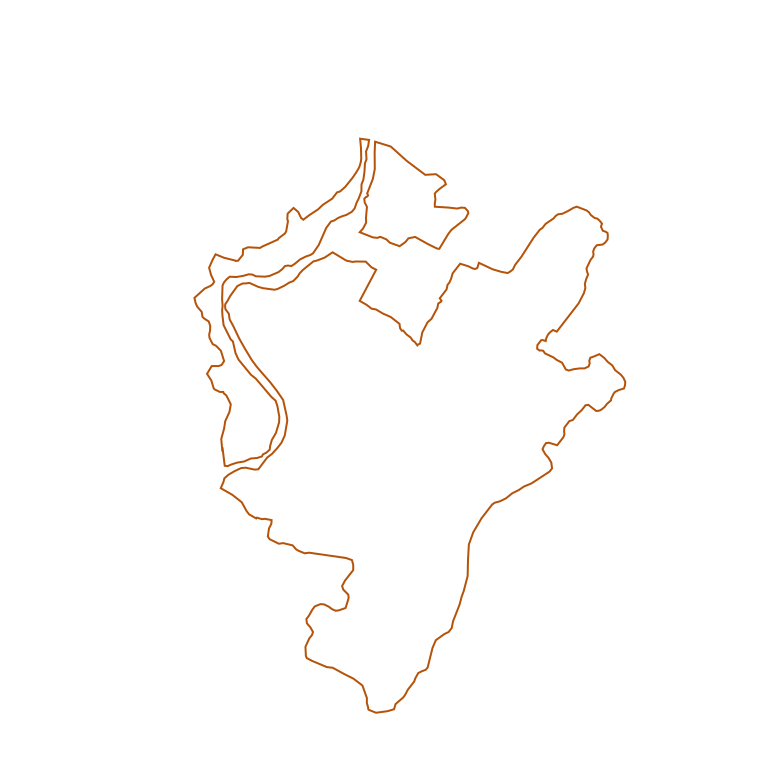 Markz Mallawi, Al Minya, Egypt, rotated 219°
{"feature_id": "37247803B90937698610862", "entity_name": "Markz Mallawi", "entity_type": "district", "adm_level": 2, "iso_a3": "EGY", "parent_name": "Egypt", "parent_adm1": "Al Minya", "projection": "mercator", "projection_center": [30.813, 27.775], "detail": "fine", "context": "isolated", "style": "outline", "palette": "amber", "viewbox_px": 768, "rotation_deg": 219, "n_neighbors": 0, "source": "geoboundaries", "source_scale": "gbopen_adm2", "svg_char_len": 6168}
<svg xmlns="http://www.w3.org/2000/svg" viewBox="0 0 768 768"><g transform="rotate(219 384 384)"><path d="M506.8,454.0L509.7,444.8L513.9,437.6L516.0,434.9L518.8,421.7L519.2,416.9L518.7,413.1L519.3,406.9L521.4,403.3L523.4,397.5L526.6,390.7L528.5,388.3L538.2,382.4L542.7,380.4L552.4,377.8L553.8,376.1L557.3,372.9L559.6,367.8L558.9,355.4L557.9,350.1L557.6,346.1L555.8,343.7L554.2,342.3L548.9,341.0L544.5,337.0L538.1,334.4L525.1,328.2L514.5,324.0L501.8,319.4L493.2,317.2L473.4,313.7L463.1,311.3L452.3,308.1L440.0,298.3L436.1,294.7L428.7,281.5L426.7,273.6L426.6,266.6L427.1,259.0L428.5,253.4L428.0,238.6L430.6,236.1L438.8,231.9L442.1,228.8L445.3,222.2L447.8,215.5L448.7,210.2L447.2,207.1L445.3,200.3L432.2,202.4L420.1,202.6L410.9,198.8L406.8,197.8L398.7,199.1L398.7,200.1L393.7,202.2L391.7,204.3L385.7,207.5L383.6,204.5L382.5,199.4L378.3,192.4L375.3,191.4L365.2,193.7L362.2,196.9L353.4,201.1L348.3,200.2L345.8,200.5L339.1,202.5L336.0,205.8L304.1,224.8L298.1,227.0L294.0,224.0L290.8,220.0L290.6,206.7L289.4,200.6L286.3,198.6L279.2,197.8L277.1,195.8L276.1,193.8L272.9,185.7L276.8,179.5L278.8,177.4L282.8,176.3L286.8,176.2L291.9,175.0L294.9,172.9L297.8,167.7L297.7,163.7L296.5,156.5L296.4,152.5L293.3,149.5L288.2,148.6L283.1,146.6L282.0,143.6L282.0,139.5L279.7,130.4L273.5,123.4L271.4,122.4L265.4,123.6L250.3,128.0L245.3,131.2L232.2,133.6L222.1,135.8L211.0,136.1L199.7,129.2L196.5,125.2L193.1,122.9L191.4,121.3L190.4,121.3L183.3,123.5L175.4,131.9L171.5,137.6L173.6,142.6L171.8,152.4L171.9,155.4L173.1,161.5L173.3,171.8L174.4,174.8L175.5,180.9L173.6,185.0L171.7,188.1L171.7,191.2L180.2,209.4L182.5,217.5L179.7,227.8L177.7,231.9L177.8,237.0L181.0,243.0L186.5,260.3L189.7,267.3L191.8,273.4L198.2,287.5L207.6,299.6L217.0,312.6L221.3,324.8L223.7,341.0L224.1,358.4L223.2,361.5L220.2,365.6L217.3,371.8L215.5,380.0L212.6,386.2L210.7,392.4L206.8,399.6L200.2,420.2L200.3,424.2L204.5,428.2L209.6,430.1L214.6,431.0L219.7,433.0L220.6,436.1L220.9,440.0L218.9,442.1L210.9,445.4L211.1,455.6L212.2,458.6L214.3,460.6L216.4,463.6L216.6,471.8L214.6,474.9L214.8,482.0L213.9,488.2L214.0,494.3L212.1,496.4L202.0,496.6L200.0,498.7L199.0,500.8L198.1,504.9L198.2,509.0L197.3,514.1L198.4,516.1L199.5,521.2L199.5,523.2L197.6,527.3L194.7,531.5L195.8,534.5L197.8,537.5L201.9,539.5L205.8,540.3L213.1,540.2L218.2,542.1L224.2,542.0L229.3,542.9L235.4,542.7L239.3,535.5L240.2,534.5L239.2,531.4L237.1,529.4L236.0,526.4L238.0,522.3L241.9,519.1L245.9,514.9L248.8,510.8L251.8,509.7L259.0,512.6L265.0,511.4L269.1,511.3L278.1,509.1L281.2,510.0L283.2,508.9L284.1,507.9L287.2,507.8L289.3,510.8L289.4,515.7L289.4,517.0L288.4,518.0L285.4,519.1L286.5,521.1L287.6,525.2L287.6,528.2L286.7,532.3L282.7,533.4L283.5,569.1L285.8,580.3L287.9,585.3L291.0,588.3L293.1,593.3L294.2,597.4L297.3,599.4L299.4,601.3L301.6,610.5L301.7,614.5L302.7,616.6L304.8,618.5L305.9,621.6L306.0,625.7L302.0,629.8L301.1,632.9L301.2,637.0L303.3,640.0L305.3,642.0L307.4,641.9L310.4,640.8L314.4,642.8L315.5,645.8L319.6,646.7L322.6,646.7L324.6,645.6L327.3,645.5L329.7,645.5L332.7,646.4L335.7,646.4L345.8,643.1L347.7,640.0L349.6,634.8L352.5,628.6L355.5,625.5L356.4,622.4L356.4,619.4L359.2,610.1L359.1,605.0L360.0,601.9L359.8,591.8L357.3,569.4L357.1,559.2L355.9,554.1L356.9,550.0L357.8,548.0L363.8,544.8L371.8,541.5L386.5,537.9L384.5,532.9L385.5,530.8L387.5,529.7L392.5,528.6L400.5,525.4L400.3,513.1L398.1,508.1L397.0,504.0L397.0,501.0L394.9,496.9L394.6,485.7L391.6,484.8L391.5,483.8L392.5,480.7L390.4,476.7L388.1,464.5L389.0,459.4L386.7,448.2L381.4,438.1L382.4,436.1L382.4,435.0L386.4,436.0L389.5,435.9L392.5,436.9L397.6,436.7L402.7,437.6L403.7,436.6L406.7,437.5L409.8,440.5L421.0,440.3L429.0,438.1L437.1,436.9L441.1,434.7L447.2,434.6L455.2,433.3L462.0,467.9L467.1,466.8L475.2,467.6L483.2,461.3L485.1,459.2L490.8,456.2L506.8,454.0ZM549.2,564.3L556.9,559.6L550.3,552.8L543.5,544.8L541.5,541.5L539.6,536.7L538.8,531.6L538.2,524.3L538.2,512.7L539.3,506.0L541.1,503.3L540.9,495.5L544.3,484.7L545.1,478.3L548.3,468.3L550.1,460.9L553.1,460.9L558.9,463.7L565.1,463.9L566.1,455.7L562.9,451.3L561.1,450.1L556.1,441.1L555.7,438.7L557.6,430.9L557.4,429.4L565.2,414.0L565.9,411.8L575.7,404.7L578.3,400.0L575.0,395.5L575.0,388.0L576.8,386.2L577.6,386.2L587.8,381.4L596.5,378.8L595.3,372.4L593.1,364.3L587.0,359.9L580.3,356.6L579.9,353.6L580.7,350.8L583.4,345.3L585.5,331.6L581.1,328.2L577.9,326.6L571.0,325.3L567.4,322.0L565.3,321.7L559.6,322.3L555.6,319.8L552.7,315.9L551.0,312.4L548.6,310.0L542.3,307.2L538.5,308.0L531.7,307.2L522.7,301.2L522.2,296.6L523.8,293.9L529.2,289.5L527.9,280.5L520.5,278.1L513.5,273.4L512.4,273.2L506.6,274.5L503.9,276.7L502.6,275.9L499.3,275.9L490.3,271.8L486.5,265.0L484.0,255.2L480.2,248.7L475.9,238.9L468.5,231.2L468.4,231.9L456.3,220.2L453.8,221.8L452.1,225.2L448.8,230.3L443.9,235.8L440.6,242.3L436.1,246.6L433.3,250.9L433.8,253.1L432.2,256.6L431.5,261.0L433.4,264.0L435.9,269.8L437.2,278.0L441.4,288.2L444.7,292.6L453.0,299.8L457.7,302.8L463.5,303.1L486.9,307.5L492.9,307.4L512.4,311.4L518.9,314.6L528.2,322.0L531.2,322.2L545.7,328.8L552.8,335.7L556.5,339.8L558.6,343.2L563.1,347.9L571.5,359.0L572.3,362.4L572.2,366.4L571.4,370.3L566.1,374.2L561.6,379.3L558.1,384.2L555.1,386.2L551.3,387.1L544.2,392.4L541.1,395.7L536.4,404.6L535.3,409.5L535.2,413.3L533.2,415.6L530.2,417.4L528.9,421.5L527.6,428.1L524.9,434.0L522.4,437.9L521.4,440.9L522.2,451.0L527.1,468.8L527.5,476.8L525.5,479.9L524.2,484.1L522.0,488.2L519.7,491.6L517.4,497.5L517.3,501.9L519.4,507.7L520.3,511.9L522.8,519.5L527.1,525.0L528.6,529.8L532.9,536.9L537.7,543.5L539.0,547.6L544.3,553.4L546.0,558.8L549.2,564.3ZM426.1,523.9L428.5,541.2L428.6,546.3L424.9,562.7L424.9,564.7L426.0,569.8L427.4,571.1L432.0,571.8L435.1,569.6L437.4,566.5L445.2,561.5L456.0,553.8L457.9,555.9L460.2,559.8L464.3,563.8L464.4,565.9L463.5,571.0L461.6,578.2L465.4,580.3L475.6,579.8L483.6,572.5L506.8,571.7L528.2,572.8L543.4,566.7L537.1,558.2L526.4,545.2L521.7,536.3L517.0,521.5L515.1,520.6L515.0,519.1L515.7,517.9L515.9,515.5L513.3,513.0L508.7,510.9L502.8,502.1L499.4,498.1L498.1,491.5L498.4,486.7L485.0,490.9L481.0,493.5L479.6,496.0L473.2,497.9L468.4,497.5L458.6,500.9L456.7,507.7L456.7,512.6L452.3,517.9L437.9,520.4L427.8,522.7L426.1,523.9Z" fill="none" stroke="#b45309" stroke-width="2"/></g></svg>